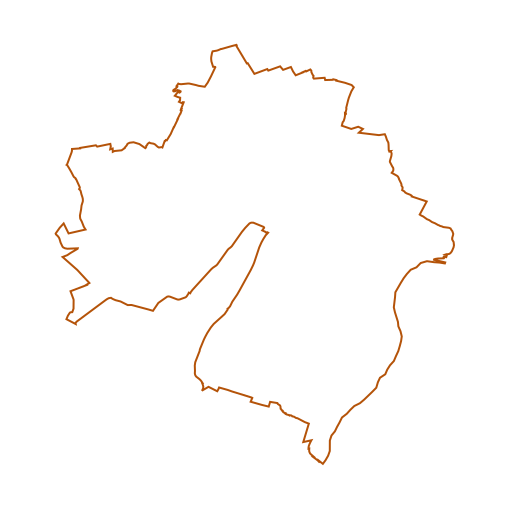 Meerssen, Limburg, Netherlands (Robinson projection), rotated 176°
{"feature_id": "6326949B43663423776688", "entity_name": "Meerssen", "entity_type": "district", "adm_level": 2, "iso_a3": "NLD", "parent_name": "Netherlands", "parent_adm1": "Limburg", "projection": "robinson", "projection_center": [5.761, 50.905], "detail": "fine", "context": "isolated", "style": "outline", "palette": "amber", "viewbox_px": 512, "rotation_deg": 176, "n_neighbors": 0, "source": "geoboundaries", "source_scale": "gbopen_adm2", "svg_char_len": 6033}
<svg xmlns="http://www.w3.org/2000/svg" viewBox="0 0 512 512"><g transform="rotate(176 256 256)"><path d="M319.3,125.3L318.6,125.8L312.5,128.8L304.1,123.8L303.0,125.4L302.0,127.4L293.4,124.3L289.3,122.5L270.2,115.1L269.6,114.7L271.5,111.0L260.4,107.0L253.8,104.9L252.1,109.5L244.9,107.8L244.6,106.9L242.4,105.2L242.1,104.1L242.1,101.9L241.6,101.4L241.2,100.6L240.3,99.9L240.5,99.6L240.1,99.2L239.7,98.3L238.1,97.4L237.8,97.0L238.0,96.9L237.6,96.5L237.2,96.8L236.9,96.1L236.3,95.7L234.7,95.2L233.6,94.5L233.3,94.8L232.9,94.6L232.2,94.6L231.2,93.9L231.0,93.5L229.4,93.1L227.3,91.6L226.0,91.3L218.9,86.9L215.0,85.1L221.8,67.1L213.6,68.3L214.5,66.9L215.5,65.1L216.5,63.0L216.9,61.6L217.1,60.1L216.3,60.2L216.5,58.7L216.5,57.2L215.9,55.4L215.2,54.5L212.4,51.7L213.1,51.6L208.7,47.8L206.8,45.5L207.2,47.1L203.8,44.0L200.9,47.4L198.0,51.7L196.0,56.3L195.2,66.8L193.2,71.7L189.5,75.6L187.1,79.8L184.3,84.1L181.5,88.9L176.4,92.3L172.6,96.0L168.4,99.5L162.6,101.9L158.1,105.2L149.5,112.4L145.2,116.2L143.2,121.6L140.8,125.9L135.3,129.0L133.0,133.5L129.9,137.7L125.8,141.6L123.3,146.5L120.7,151.2L118.9,156.0L117.2,161.0L116.2,165.6L117.1,170.9L118.9,175.9L119.0,180.4L121.3,190.1L122.1,195.2L120.2,205.1L119.5,210.1L113.3,219.3L110.2,223.6L106.7,227.6L102.6,231.5L96.7,233.5L92.2,237.5L85.8,238.9L78.8,237.4L73.2,236.6L68.1,235.4L67.7,236.4L78.7,239.8L78.5,240.3L77.0,240.6L74.7,240.8L68.8,240.6L68.5,240.9L68.9,241.9L68.5,242.4L66.3,241.6L65.5,243.6L67.0,244.2L65.9,244.5L64.8,244.4L63.2,244.6L62.0,245.2L60.9,246.3L60.1,247.4L58.3,250.9L57.7,253.2L57.9,254.1L57.8,254.4L57.9,256.2L59.0,258.4L59.2,259.2L59.0,259.5L59.1,260.2L57.9,263.4L57.7,264.4L58.4,267.1L59.4,268.6L60.0,269.9L61.6,270.7L67.1,271.8L68.6,272.6L70.2,273.1L71.4,273.9L72.2,274.2L75.2,276.2L78.1,277.6L80.7,279.7L82.9,280.8L86.5,283.8L88.3,284.8L89.8,285.9L81.9,298.5L96.2,304.4L96.0,304.6L96.8,305.6L98.2,306.5L101.4,308.0L102.8,309.0L103.5,310.1L105.6,311.5L105.0,313.7L105.0,314.3L106.0,316.1L105.9,317.3L106.2,318.4L107.9,322.5L108.1,323.1L108.0,323.3L108.7,325.0L109.2,325.7L109.9,326.3L114.8,329.5L113.3,331.3L113.0,332.1L112.9,333.4L113.1,334.6L113.8,335.7L115.9,340.6L115.7,341.7L114.0,346.3L113.6,348.4L113.6,349.0L114.3,351.1L114.1,351.3L115.0,351.3L115.7,350.9L116.2,352.4L116.0,357.8L116.1,360.0L117.3,362.7L118.1,366.0L119.0,368.5L124.9,368.0L144.8,371.8L140.5,375.3L145.0,377.8L152.1,376.1L161.3,380.0L160.2,383.4L159.1,384.6L158.0,387.4L157.4,389.9L157.3,392.0L156.5,391.3L156.3,391.5L156.6,392.9L155.5,396.5L155.7,397.4L153.2,405.1L152.3,407.5L149.4,413.6L146.7,417.5L148.7,419.9L155.2,422.6L163.7,425.3L163.5,425.9L166.7,426.9L167.1,426.4L174.7,426.7L175.1,429.0L185.9,428.9L186.3,429.4L186.5,430.4L186.0,431.6L187.0,433.1L187.2,433.8L187.9,435.5L187.9,437.1L188.8,438.3L193.1,436.6L193.5,437.2L196.8,436.0L196.6,435.8L203.8,433.5L206.2,437.6L208.0,442.1L216.0,439.8L218.7,443.5L230.8,440.1L231.7,441.7L244.9,437.8L250.8,448.9L251.7,448.7L261.1,467.3L260.6,467.6L260.8,468.0L265.6,467.1L276.0,464.9L276.4,465.0L279.2,464.0L280.8,463.6L285.0,463.2L285.7,461.7L286.8,457.5L287.0,455.7L286.9,453.2L285.6,447.7L284.2,447.6L283.5,447.4L283.4,447.2L288.4,438.3L292.1,432.3L295.3,428.4L301.5,429.8L303.9,430.7L310.6,432.7L311.9,432.8L318.8,432.6L320.8,433.0L321.5,433.4L323.3,431.2L322.6,430.9L322.6,430.5L322.8,430.1L324.8,428.4L326.7,427.4L327.1,426.5L326.9,426.1L326.5,425.9L325.1,426.0L322.8,427.0L320.9,426.3L319.7,425.5L319.8,425.1L320.1,424.8L320.9,424.3L322.4,425.1L325.8,421.5L323.1,420.1L320.6,419.2L320.9,416.7L322.1,415.2L319.2,413.6L318.2,414.6L317.4,414.4L320.5,407.9L320.0,407.8L320.8,406.5L320.1,406.2L321.4,403.3L321.6,403.3L324.7,398.1L324.4,398.0L328.9,390.1L329.1,390.2L332.6,383.6L336.9,377.6L337.9,378.0L338.7,376.9L339.1,377.0L341.8,370.8L342.4,371.2L345.3,371.0L346.5,371.8L349.0,374.4L350.4,375.2L353.3,375.9L354.5,376.6L356.3,375.4L356.9,374.3L357.8,373.6L357.9,372.5L358.3,371.8L358.9,371.3L364.5,375.8L370.2,378.0L374.2,377.8L376.3,376.9L377.3,375.3L379.5,373.1L379.4,372.8L382.7,370.8L389.8,370.6L391.6,369.9L391.5,373.2L394.0,372.6L393.2,375.6L393.5,378.0L406.8,376.2L408.0,377.6L423.9,376.1L423.9,375.6L432.1,375.6L432.3,373.6L432.8,372.1L438.1,360.5L438.5,360.1L438.0,359.8L436.3,356.6L434.3,352.4L432.4,348.0L432.0,347.4L430.7,346.3L430.4,345.3L430.1,345.2L427.0,336.9L427.0,336.4L427.1,336.0L427.8,335.1L426.6,333.6L426.3,332.6L425.9,330.0L425.1,326.9L424.8,325.2L424.8,323.8L425.0,322.4L426.5,318.6L427.2,314.8L428.8,308.7L428.8,306.5L428.7,305.4L427.4,302.5L425.7,297.1L424.2,294.3L441.4,291.6L445.6,301.9L449.8,297.9L454.3,292.4L454.1,291.6L452.3,289.6L451.3,288.1L450.8,286.7L450.0,283.0L448.4,278.9L447.7,278.0L446.0,277.0L443.6,276.4L433.3,276.1L433.5,275.6L440.9,271.9L444.2,270.0L449.0,268.5L435.3,254.6L424.1,240.7L427.6,238.9L427.3,238.7L443.5,233.8L441.1,225.6L441.0,224.9L441.7,216.2L443.2,212.8L444.7,212.8L445.6,212.5L447.8,209.6L449.5,206.2L440.6,200.7L440.7,201.9L439.4,203.1L408.8,222.7L407.4,223.5L405.8,224.2L403.5,224.4L402.2,223.3L400.9,222.6L399.1,221.7L394.3,220.1L387.4,216.0L383.5,215.8L366.9,210.1L362.6,208.5L356.7,216.0L347.5,221.6L346.3,221.8L344.8,221.5L337.9,218.3L336.7,217.9L335.1,218.0L329.1,219.7L328.4,220.2L327.8,220.8L326.0,223.2L325.6,224.1L324.2,223.4L323.7,224.4L321.8,226.6L301.5,246.0L299.8,247.3L296.2,249.4L295.2,250.3L284.0,263.9L282.9,265.0L280.7,266.4L279.4,267.5L268.4,281.0L264.8,284.8L260.3,288.9L259.4,289.3L258.4,289.6L256.3,289.4L246.4,284.5L246.0,284.0L245.9,283.6L248.0,281.1L245.0,279.5L245.0,279.3L244.0,278.4L243.1,278.9L242.3,278.4L245.1,275.8L245.3,275.4L247.4,272.6L249.6,269.2L252.2,264.3L258.3,249.5L259.6,246.9L262.2,242.4L274.8,222.8L277.5,218.8L282.8,212.1L285.4,207.6L287.0,206.0L288.1,205.4L288.0,204.5L291.4,200.2L302.9,191.2L306.0,187.9L309.9,182.7L312.3,178.9L313.8,176.3L318.2,167.4L318.6,166.4L318.8,165.3L324.0,154.3L324.7,151.1L324.9,145.6L325.2,143.2L325.0,141.8L324.7,140.9L324.0,139.8L321.2,137.3L320.1,136.1L319.3,135.0L318.1,132.8L318.5,132.7L318.1,131.5L317.7,129.7L317.9,127.8L319.3,125.3Z" fill="none" stroke="#b45309" stroke-width="2"/></g></svg>